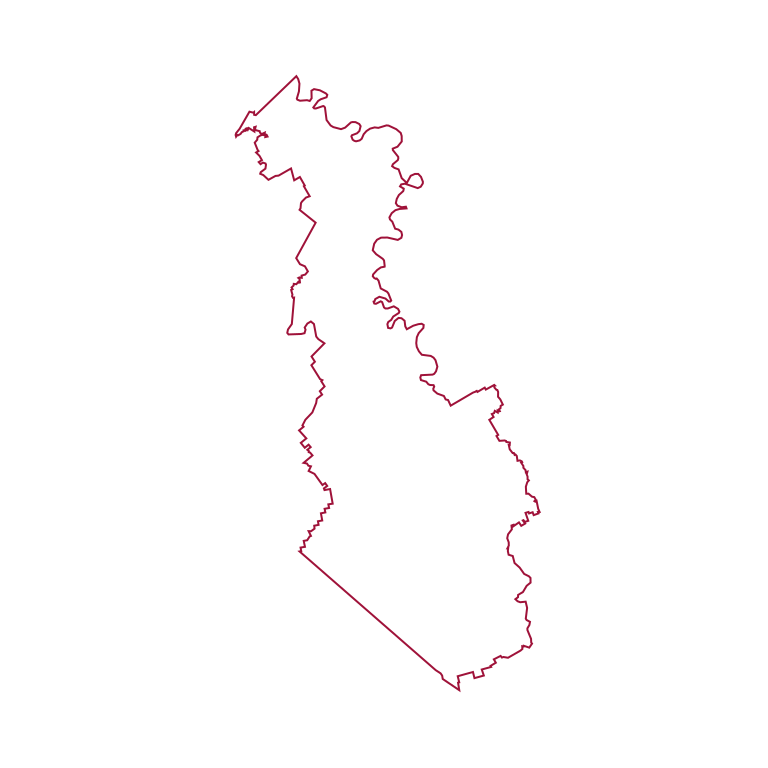 José Azueta, Veracruz, Mexico (orthographic projection), rotated 321°
{"feature_id": "50627088B48315621116970", "entity_name": "José Azueta", "entity_type": "district", "adm_level": 2, "iso_a3": "MEX", "parent_name": "Mexico", "parent_adm1": "Veracruz", "projection": "orthographic", "projection_center": [-95.673, 18.138], "detail": "fine", "context": "isolated", "style": "outline", "palette": "rose", "viewbox_px": 768, "rotation_deg": 321, "n_neighbors": 0, "source": "geoboundaries", "source_scale": "gbopen_adm2", "svg_char_len": 6144}
<svg xmlns="http://www.w3.org/2000/svg" viewBox="0 0 768 768"><g transform="rotate(321 384 384)"><path d="M244.1,638.9L245.9,644.5L245.7,647.2L244.0,650.2L249.8,669.3L253.6,662.7L254.7,663.2L257.4,657.5L271.9,663.8L269.2,669.5L278.1,673.4L280.3,667.4L289.2,671.3L289.4,670.1L295.5,671.0L296.1,667.1L303.5,668.7L303.5,670.8L305.0,671.3L308.1,674.8L322.4,677.1L324.8,677.0L326.4,674.8L327.2,675.8L327.8,675.3L331.0,680.3L335.7,678.9L335.7,677.6L337.9,674.6L340.6,665.5L341.7,664.1L345.3,662.8L347.8,660.7L346.3,657.2L346.5,655.6L354.3,648.1L357.1,642.3L352.5,639.3L351.1,636.9L350.7,633.9L354.0,634.0L355.5,632.3L361.1,633.1L367.9,630.6L372.9,630.6L375.8,626.9L375.6,624.6L373.4,619.8L373.9,612.0L372.8,605.3L375.8,598.7L373.4,595.1L375.1,591.8L377.3,589.6L376.7,589.3L379.3,588.1L381.3,585.5L382.7,581.4L385.8,578.9L391.9,577.4L394.0,574.2L396.0,574.9L395.2,576.0L401.8,576.5L401.4,580.6L405.9,581.3L406.0,577.4L406.7,577.6L406.7,579.8L410.0,581.1L412.9,573.2L415.8,574.4L415.3,575.9L418.8,577.2L417.8,580.1L422.6,581.8L423.1,580.3L424.4,581.3L425.3,578.0L429.0,570.9L427.5,570.7L427.2,569.7L429.1,569.5L429.6,566.5L428.1,564.7L427.3,560.2L425.5,558.8L429.6,553.1L433.5,550.5L435.9,550.1L435.6,548.4L437.3,546.3L438.5,542.8L438.5,543.7L440.3,542.4L438.7,541.8L439.8,540.0L439.6,536.8L440.7,535.5L441.1,531.4L442.2,531.7L442.4,530.8L441.5,528.9L439.4,527.7L441.9,523.5L441.8,521.5L440.9,521.3L441.5,519.3L440.5,518.6L440.6,513.9L442.6,509.9L443.2,510.6L445.0,508.7L442.6,506.0L443.0,505.1L442.2,503.8L437.9,500.8L438.7,495.2L440.7,495.4L443.3,478.1L448.4,478.6L448.9,475.2L451.2,475.9L453.2,474.6L454.4,477.7L455.5,476.3L455.8,477.5L456.9,478.0L457.3,476.0L459.3,476.1L460.9,474.4L463.4,474.8L464.7,469.1L464.6,465.7L467.7,462.0L468.3,460.0L467.7,459.2L467.6,456.3L468.5,454.5L469.2,454.9L469.1,454.1L459.6,452.4L460.0,450.2L451.7,449.0L451.8,446.9L451.3,447.9L447.8,446.7L422.2,442.8L423.7,436.8L422.2,434.8L423.0,431.0L419.4,425.0L418.5,420.1L419.3,418.7L421.4,417.6L421.8,416.1L419.2,413.8L418.3,412.1L418.3,408.8L415.2,404.2L416.3,401.8L418.4,400.5L427.7,407.3L429.4,407.7L432.4,406.9L436.4,404.1L439.0,397.9L439.1,394.7L438.0,391.6L431.8,385.1L431.7,380.6L432.8,375.8L434.8,372.5L439.0,368.3L443.0,366.3L449.9,365.2L452.0,363.1L451.2,360.9L448.3,359.1L443.4,357.1L436.2,355.8L436.8,352.6L439.8,347.8L439.0,343.9L436.9,341.8L432.0,341.8L425.8,345.2L424.1,344.9L422.5,343.0L424.3,339.6L426.3,338.5L430.0,338.7L433.6,337.4L440.3,338.1L441.5,337.5L442.2,334.5L440.5,329.8L434.5,327.7L432.6,326.2L432.2,324.5L434.1,319.2L433.5,317.7L428.2,316.6L427.1,315.4L427.3,314.5L427.8,313.4L428.7,313.7L430.7,312.5L435.3,313.3L438.9,318.5L439.6,322.9L440.8,323.9L442.1,323.7L444.4,316.4L444.4,314.2L441.6,307.7L444.8,300.2L444.7,297.4L443.8,297.1L443.1,295.5L443.1,293.2L444.5,292.0L450.4,291.1L454.9,291.4L458.3,293.2L458.8,292.7L461.8,288.0L461.8,285.9L459.6,278.2L459.4,273.0L464.7,268.8L469.3,267.5L473.8,268.4L478.8,272.3L485.4,280.7L489.5,281.3L491.8,279.6L493.2,276.7L492.4,273.1L490.4,270.3L492.6,263.1L492.2,259.9L493.1,257.9L497.5,256.1L502.3,256.1L506.3,257.8L512.0,261.7L512.6,260.0L509.0,257.8L506.7,253.9L507.0,250.9L510.4,248.2L514.5,246.5L520.3,246.2L521.2,245.6L522.3,244.6L520.8,240.5L523.0,239.7L526.3,241.5L533.5,253.0L536.7,253.8L540.3,252.6L541.5,251.3L543.1,246.3L542.8,242.3L540.2,240.2L535.8,239.0L528.3,242.1L527.3,235.2L530.4,226.4L528.1,222.6L527.4,219.8L529.2,218.8L535.6,218.7L537.0,217.8L538.0,216.4L538.1,207.8L538.9,206.6L543.8,208.1L550.4,206.7L553.8,202.4L555.0,199.4L553.9,193.7L550.2,186.1L548.7,184.6L540.8,181.4L538.2,178.7L533.9,176.8L529.5,176.4L525.4,177.1L521.0,179.4L518.4,179.4L515.0,177.8L514.0,176.4L513.4,174.4L514.5,171.0L515.6,170.5L520.8,172.2L524.1,171.9L528.1,168.9L528.4,166.4L526.7,162.6L524.4,160.6L522.9,159.9L515.1,160.3L511.0,158.9L506.3,152.5L505.2,149.5L505.5,142.7L512.1,132.0L512.2,130.8L511.7,129.7L504.4,127.0L503.2,125.9L503.1,124.6L510.9,122.6L514.0,122.9L519.8,125.0L521.9,123.6L521.7,121.6L519.0,115.4L515.2,110.8L512.2,110.4L507.6,116.4L504.4,117.3L502.8,115.0L497.0,111.0L495.6,108.5L495.8,107.4L502.0,103.1L507.3,97.4L509.2,93.1L509.6,89.6L453.6,94.4L452.5,93.1L454.2,90.9L453.2,90.9L450.8,87.7L432.4,94.8L426.9,96.0L425.4,97.1L424.7,98.7L426.7,98.1L427.0,98.9L429.9,99.4L431.9,98.8L434.1,99.3L434.5,98.5L435.5,99.0L435.8,100.1L437.0,100.1L437.3,98.6L438.5,99.0L438.2,100.7L440.0,99.9L442.1,106.2L444.6,102.7L446.1,103.3L444.1,104.8L444.2,106.2L446.5,109.3L445.8,110.5L446.2,112.8L449.5,113.6L448.5,114.4L449.6,116.5L449.2,118.4L447.2,117.4L448.3,116.5L446.6,114.1L444.6,113.1L440.9,112.7L439.2,114.4L435.4,115.1L432.7,123.8L434.0,124.2L430.3,123.6L430.8,128.4L430.0,133.2L426.3,132.7L426.4,135.5L429.2,135.7L430.7,138.1L430.3,139.3L427.4,142.0L421.5,141.8L420.1,142.7L421.7,145.7L422.7,152.6L430.6,154.0L433.2,155.7L447.4,158.0L442.4,169.2L448.9,170.2L447.3,179.9L446.2,179.8L444.4,191.3L440.7,190.0L435.1,190.6L433.3,191.2L429.7,194.9L428.0,195.5L432.4,215.6L395.0,230.9L394.1,238.0L396.6,242.8L395.7,248.6L391.7,249.4L388.2,247.9L386.9,249.7L385.3,247.9L384.2,247.7L384.5,249.2L382.6,252.2L381.6,251.7L381.6,250.7L378.7,251.3L376.9,249.4L375.7,250.6L372.9,250.8L372.6,252.8L371.0,252.5L369.1,256.9L367.8,257.9L367.5,259.8L368.5,260.3L350.1,279.4L343.7,281.2L341.0,283.4L341.0,285.4L351.1,293.0L354.2,294.5L357.2,292.4L357.9,290.2L362.5,288.8L366.5,289.4L367.3,293.3L361.2,304.5L361.2,307.8L363.3,314.9L345.0,317.0L344.3,323.2L339.4,323.7L337.4,340.0L338.5,342.2L337.0,342.4L336.3,348.5L329.6,349.2L329.2,353.3L322.5,353.2L319.3,356.1L310.4,361.0L300.4,362.3L294.5,364.9L294.6,366.6L288.8,366.6L289.4,377.4L282.3,377.4L282.3,383.7L287.2,383.7L287.3,386.9L283.0,386.9L283.4,388.8L282.6,389.6L283.4,390.8L283.5,394.5L271.9,394.7L274.1,397.4L273.8,399.9L275.4,402.0L270.7,404.2L273.4,410.1L272.6,423.8L275.9,424.0L275.7,427.5L271.6,427.3L271.0,429.0L276.0,431.7L268.8,444.7L265.0,442.5L263.3,445.8L259.3,443.6L257.6,446.9L253.6,444.8L250.1,451.2L246.3,449.1L244.5,452.3L240.6,450.2L239.0,452.7L234.7,452.5L232.8,450.9L231.6,456.1L230.2,455.7L226.0,457.1L222.9,455.4L220.1,460.8L216.2,458.6L214.5,461.8L213.0,461.0L244.1,638.9Z" fill="none" stroke="#9f1239" stroke-width="2"/></g></svg>